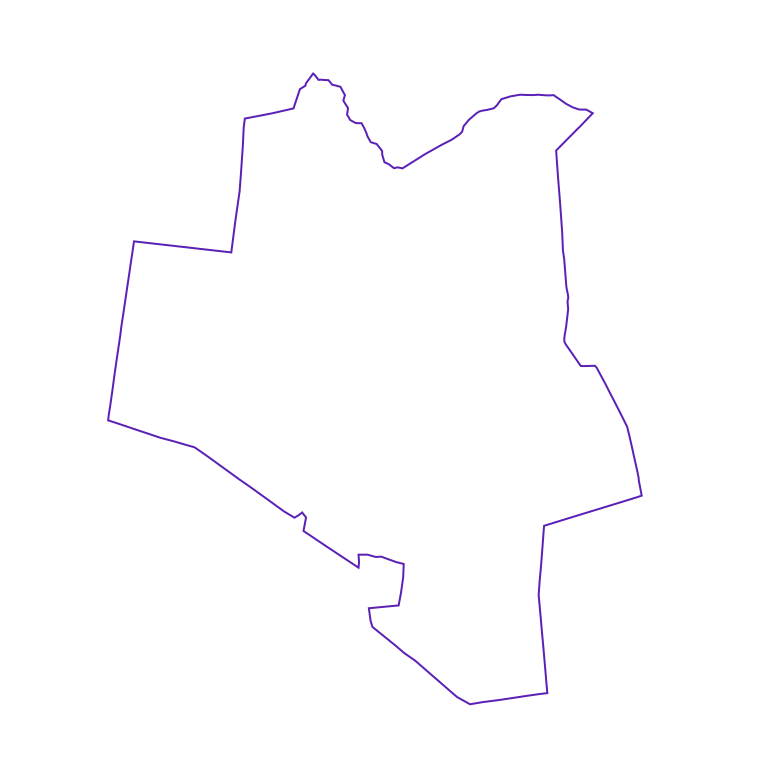 outline of Bahati, Rift Valley, Kenya, rotated 7°
{"feature_id": "3690345B12998672958499", "entity_name": "Bahati", "entity_type": "district", "adm_level": 2, "iso_a3": "KEN", "parent_name": "Kenya", "parent_adm1": "Rift Valley", "projection": "orthographic", "projection_center": [36.164, -0.224], "detail": "fine", "context": "isolated", "style": "outline", "palette": "violet", "viewbox_px": 768, "rotation_deg": 7, "n_neighbors": 0, "source": "geoboundaries", "source_scale": "gbopen_adm2", "svg_char_len": 2497}
<svg xmlns="http://www.w3.org/2000/svg" viewBox="0 0 768 768"><g transform="rotate(7 384 384)"><path d="M558.2,89.8L551.3,87.0L544.3,87.8L537.6,86.4L530.3,83.6L524.7,80.5L517.1,76.6L513.9,77.3L510.4,77.7L501.6,78.1L497.8,78.9L491.1,79.7L483.8,80.3L474.5,83.1L465.8,87.0L461.9,93.9L459.4,96.9L453.2,99.3L448.3,100.7L445.4,101.9L442.9,103.9L436.1,111.4L431.6,118.4L430.8,124.1L428.4,127.2L424.5,130.6L422.1,132.7L420.4,134.0L412.3,139.4L396.3,151.2L376.1,167.7L371.0,167.3L367.7,168.6L362.2,165.4L360.1,164.6L357.4,163.8L354.3,156.6L353.7,152.9L347.5,146.7L341.4,145.6L337.6,140.5L335.9,137.0L333.2,132.4L329.9,127.9L324.3,128.5L318.4,126.2L314.5,121.2L314.7,114.6L309.1,107.7L310.0,102.0L304.5,94.3L300.9,93.8L296.0,93.2L294.0,91.2L291.8,89.2L286.7,89.6L284.5,89.6L281.9,90.1L277.6,85.7L275.8,84.5L269.9,95.1L269.6,97.6L264.6,101.6L260.6,121.5L239.9,129.0L213.5,137.5L213.5,146.7L214.8,163.8L216.4,193.0L217.2,210.3L216.6,239.8L216.4,272.0L184.7,272.3L150.2,272.6L118.5,272.9L116.8,341.3L116.3,359.2L116.3,368.2L115.7,392.3L115.4,406.3L115.2,424.2L114.9,439.1L114.6,447.2L114.6,453.7L124.4,455.6L146.3,460.1L166.1,464.1L169.1,464.7L183.0,466.6L194.5,468.5L203.6,469.9L214.7,475.7L224.2,480.9L232.6,485.6L241.9,490.7L252.2,496.4L263.2,502.2L280.5,511.7L300.2,522.6L311.4,527.6L315.8,524.2L318.4,521.5L322.9,526.0L322.0,539.7L346.4,552.1L368.3,563.0L381.1,569.4L380.9,563.5L379.5,556.5L388.5,555.4L397.0,556.7L402.2,555.7L417.9,559.3L425.5,560.2L426.6,573.6L426.3,589.6L425.5,602.0L396.3,608.4L399.4,620.2L402.1,626.5L428.8,643.2L437.2,648.8L448.5,654.7L464.2,665.3L486.3,680.2L494.7,685.8L508.4,691.4L520.8,687.7L529.5,685.5L537.3,683.5L551.3,679.6L564.2,676.0L575.7,672.9L583.8,670.9L581.9,662.2L578.2,644.5L574.6,627.5L571.0,610.9L567.3,593.5L563.2,574.5L562.5,560.4L562.0,544.7L561.6,535.9L560.5,512.9L560.3,508.9L560.2,505.2L576.5,497.9L600.2,487.3L623.1,477.1L646.8,466.5L650.3,464.9L653.4,463.4L648.6,448.5L648.1,445.9L646.4,440.7L640.7,424.7L638.0,417.0L634.0,405.9L633.2,403.8L630.6,396.9L628.7,394.0L626.8,391.1L620.0,380.9L618.0,378.0L616.3,375.5L612.3,369.5L610.7,367.3L608.4,363.9L603.8,357.0L598.2,349.1L593.2,342.0L591.1,340.2L580.8,341.8L577.1,342.1L560.0,323.0L558.2,320.7L557.4,317.6L557.4,313.3L557.8,305.0L557.7,288.8L557.6,286.7L557.0,284.2L556.1,279.5L556.4,275.8L555.5,272.3L553.9,267.8L553.3,265.7L552.8,263.6L547.7,238.4L545.3,229.4L542.3,211.4L537.0,184.3L531.5,157.4L526.4,131.3L545.1,107.1L546.9,104.9L558.2,89.8Z" fill="none" stroke="#5b21b6" stroke-width="2"/></g></svg>